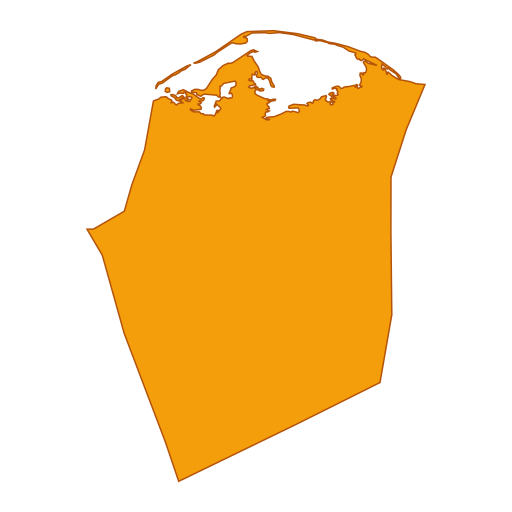 Bir Al-Abd, Shamal Sina', Egypt
{"feature_id": "37247803B3069705007202", "entity_name": "Bir Al-Abd", "entity_type": "district", "adm_level": 2, "iso_a3": "EGY", "parent_name": "Egypt", "parent_adm1": "Shamal Sina'", "projection": "robinson", "projection_center": [33.135, 30.752], "detail": "fine", "context": "isolated", "style": "filled", "palette": "amber", "viewbox_px": 512, "rotation_deg": 0, "n_neighbors": 0, "source": "geoboundaries", "source_scale": "gbopen_adm2", "svg_char_len": 5765}
<svg xmlns="http://www.w3.org/2000/svg" viewBox="0 0 512 512"><path d="M380.0,382.5L391.8,314.8L390.9,231.7L391.0,177.0L406.3,129.5L425.0,84.5L415.9,83.7L409.9,81.6L398.6,79.5L392.0,75.5L388.2,72.1L387.0,74.2L386.4,73.7L386.6,72.3L384.2,68.1L383.6,68.1L383.5,69.9L382.9,70.0L381.6,68.4L381.5,66.8L381.9,65.9L382.0,64.1L385.7,66.8L386.3,68.7L387.6,69.0L388.2,67.9L390.5,70.2L396.3,74.0L398.7,77.7L399.8,78.6L400.7,78.2L400.5,76.9L398.5,74.5L393.3,69.9L376.7,58.0L375.0,57.1L372.1,57.2L370.0,56.3L368.6,54.6L365.4,52.5L360.1,51.2L348.3,46.7L334.9,43.2L328.6,42.2L322.4,40.0L316.7,39.3L314.7,37.7L297.6,33.7L273.5,30.7L247.0,31.6L241.4,34.0L215.7,51.7L197.2,61.7L193.5,63.2L196.1,63.1L199.7,62.2L214.1,55.0L217.0,52.4L231.4,43.1L233.2,42.9L235.9,43.7L240.5,44.0L245.8,43.0L247.4,41.2L247.2,38.8L246.4,38.0L243.7,37.1L243.9,36.3L245.8,36.3L252.0,33.0L265.2,32.7L269.3,33.4L279.5,32.6L293.1,34.5L314.3,40.1L314.8,39.5L315.6,39.8L315.7,40.9L319.9,40.6L327.1,42.4L329.6,43.7L334.6,44.2L338.0,45.7L343.2,47.2L349.0,51.0L355.7,53.0L356.0,53.9L354.9,54.8L356.8,58.6L358.2,59.3L359.2,58.9L360.2,60.2L361.2,60.6L362.7,59.9L363.5,58.8L377.0,65.4L368.2,63.3L365.3,61.1L363.7,61.5L363.4,62.5L366.1,67.0L366.6,69.0L366.0,71.8L365.2,73.0L363.4,72.6L363.1,73.7L363.5,74.5L363.0,75.1L361.5,73.0L360.2,73.1L359.9,75.5L361.2,78.4L361.3,80.2L361.0,82.3L359.6,85.1L361.9,86.3L361.3,87.2L360.4,87.1L359.0,88.2L357.6,88.2L357.2,87.5L357.6,85.1L356.7,84.5L355.9,84.8L356.1,86.4L355.3,87.1L354.1,85.4L348.2,86.7L345.9,86.7L343.9,87.2L342.8,88.1L340.9,88.5L338.9,86.3L336.3,86.3L332.3,87.8L332.1,88.6L332.6,89.1L334.6,88.2L337.0,88.7L336.5,89.8L338.0,91.7L337.3,93.1L338.1,94.4L337.8,95.3L333.1,95.5L332.5,95.3L332.7,94.3L333.8,93.9L333.8,92.9L332.3,92.4L329.5,93.3L328.9,94.4L329.7,95.1L330.6,95.1L331.6,96.8L334.7,96.9L336.1,98.4L335.9,98.9L335.0,99.1L333.7,98.4L332.8,98.3L332.1,98.9L331.3,98.3L330.4,98.6L331.0,100.2L334.6,101.6L334.3,102.4L332.7,102.2L333.0,104.4L331.6,104.9L330.5,104.7L330.1,103.8L331.1,102.3L330.8,101.6L328.0,102.1L325.3,100.0L326.4,96.8L326.1,95.6L323.3,96.3L321.5,96.8L320.2,98.8L317.3,100.3L315.3,99.7L313.8,100.4L313.2,101.5L313.5,102.3L312.4,103.3L310.5,102.1L307.7,102.8L307.0,103.4L308.5,105.3L307.6,106.0L304.5,105.0L293.6,104.3L289.3,105.9L288.7,106.8L288.7,107.7L289.3,108.3L298.1,107.9L299.0,109.3L299.5,111.3L298.1,112.6L292.4,111.1L291.0,112.1L289.5,111.5L286.2,111.4L280.9,114.1L273.8,116.8L269.2,117.0L266.3,117.7L266.6,118.3L269.3,119.5L268.4,120.0L266.5,119.8L262.4,117.3L265.6,115.7L265.2,114.1L265.6,112.1L267.8,111.8L269.2,111.0L267.9,110.6L266.4,109.4L267.9,108.7L269.3,108.7L269.0,106.7L267.8,106.0L266.9,103.7L269.7,102.3L268.4,101.0L271.0,101.2L275.1,100.5L275.5,99.3L273.3,99.2L271.4,99.9L269.3,99.8L267.3,98.8L265.0,98.8L256.7,95.0L255.0,93.4L254.9,91.5L256.0,89.6L258.1,89.8L260.0,91.0L263.3,90.6L263.8,89.2L261.8,88.3L260.4,89.1L258.5,88.6L257.7,87.3L256.4,87.6L255.4,88.6L254.5,88.1L254.9,87.3L256.5,86.7L256.0,86.3L251.4,88.4L248.7,87.3L249.2,86.1L253.7,84.9L255.6,84.9L255.4,83.9L253.8,82.8L253.5,81.3L252.4,80.7L250.5,80.9L248.7,80.1L249.2,78.9L250.1,78.7L251.4,79.4L252.0,79.0L251.7,77.3L252.4,74.1L254.6,75.0L255.3,74.6L255.1,72.5L256.1,71.4L257.4,72.1L257.2,74.1L256.6,75.3L256.7,76.7L258.4,77.5L260.6,77.2L261.9,78.1L262.1,78.9L263.3,79.4L265.9,77.7L267.8,78.1L269.4,80.5L270.8,85.3L272.1,86.8L274.1,87.2L274.0,85.5L271.8,82.0L270.8,78.3L267.9,76.2L265.4,76.0L261.4,74.5L259.7,71.4L258.4,67.3L253.7,60.2L251.9,56.4L247.6,56.2L247.1,55.4L250.1,52.9L254.2,51.3L254.7,52.2L257.3,51.6L253.7,49.8L251.0,50.5L233.1,62.4L230.9,63.3L228.2,63.2L223.2,65.5L218.3,69.7L216.3,74.9L212.3,79.4L206.5,88.4L204.0,90.2L200.9,90.3L198.2,89.4L195.0,89.3L191.5,90.9L191.6,92.0L192.4,92.4L196.1,92.5L196.8,93.2L196.8,94.4L197.3,95.0L198.4,94.9L200.4,96.3L201.8,95.7L202.7,94.7L204.4,94.1L216.6,95.2L218.3,96.9L220.7,97.2L219.7,95.5L220.2,94.4L219.8,90.2L220.2,88.4L219.9,86.5L221.1,86.2L223.7,83.4L235.0,81.1L236.0,82.2L236.0,85.3L234.3,86.9L231.4,87.8L229.1,93.4L229.9,93.8L231.3,93.1L232.3,94.6L232.5,96.9L231.7,98.0L229.5,97.9L228.7,98.7L224.5,97.1L223.0,97.1L222.5,97.9L220.9,98.8L220.6,99.7L219.3,100.9L216.2,101.1L214.3,106.2L214.6,107.1L215.9,105.9L216.8,104.2L220.5,107.8L220.9,108.7L218.0,112.4L217.3,112.6L218.2,110.4L216.9,110.4L215.1,115.0L214.1,115.9L211.8,115.1L204.4,115.0L203.6,113.9L200.9,113.6L199.5,111.9L193.7,111.9L190.3,109.8L190.6,108.8L193.6,110.1L195.3,110.1L201.1,109.2L201.3,107.6L200.0,105.6L198.1,104.7L198.1,104.0L199.9,103.9L201.3,102.9L199.0,101.2L199.7,100.8L201.7,101.1L203.4,100.4L204.4,98.5L203.8,97.6L202.9,97.8L201.3,99.1L199.2,98.3L192.6,93.7L190.1,93.1L183.4,89.7L178.7,91.3L177.4,93.8L180.8,92.9L182.3,93.5L183.7,93.2L184.1,92.0L186.2,93.0L185.7,93.7L186.8,95.3L186.4,96.5L187.1,96.9L190.6,96.7L191.9,97.4L191.6,98.7L190.0,99.9L190.3,100.7L189.6,101.4L188.1,101.5L184.9,100.3L187.7,100.1L188.7,99.5L186.8,97.7L185.1,98.1L184.4,98.8L182.8,98.6L181.5,99.4L180.0,101.5L181.8,101.9L182.8,102.8L178.4,103.4L176.5,104.9L175.2,104.3L174.6,103.1L173.5,102.3L171.2,102.6L171.9,100.9L171.5,100.0L168.5,98.7L166.1,96.7L160.9,97.2L158.8,99.0L154.0,100.7L153.4,101.1L144.6,149.9L131.8,185.0L124.3,211.2L93.4,229.1L87.0,229.2L102.3,255.2L124.2,333.4L165.5,442.3L178.7,481.3L296.0,424.4L380.0,382.5ZM155.6,89.0L158.6,84.4L162.5,83.0L172.8,75.5L175.2,74.9L179.3,72.5L180.8,71.2L180.1,70.6L182.3,69.5L182.4,70.4L185.0,69.4L190.9,64.6L186.9,66.0L172.6,73.9L161.6,81.5L158.3,82.3L156.2,85.6L155.6,89.0ZM171.3,95.9L174.6,97.7L176.1,100.0L177.8,100.8L180.8,99.5L181.3,98.6L183.9,97.0L182.6,95.7L181.8,95.8L178.5,98.0L177.3,97.9L176.6,97.7L176.6,96.7L175.1,95.4L172.5,94.5L170.9,94.8L171.3,95.9ZM165.3,91.4L167.1,92.4L169.7,91.7L169.4,88.3L166.6,87.8L165.4,89.1L165.3,91.4Z" fill="#f59e0b" stroke="#b45309" stroke-width="1.5"/></svg>